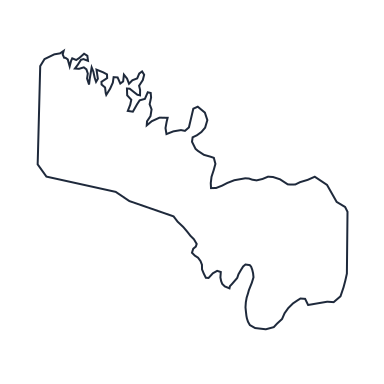 outline of Bagan Datuk, Perak, Malaysia, rotated 184°
{"feature_id": "92858781B98858814885559", "entity_name": "Bagan Datuk", "entity_type": "district", "adm_level": 2, "iso_a3": "MYS", "parent_name": "Malaysia", "parent_adm1": "Perak", "projection": "equal_earth", "projection_center": [100.991, 3.877], "detail": "fine", "context": "isolated", "style": "outline", "palette": "slate", "viewbox_px": 384, "rotation_deg": 184, "n_neighbors": 0, "source": "geoboundaries", "source_scale": "gbopen_adm2", "svg_char_len": 2584}
<svg xmlns="http://www.w3.org/2000/svg" viewBox="0 0 384 384"><g transform="rotate(184 192 192)"><path d="M108.8,60.2L101.0,62.9L98.0,66.6L93.3,71.6L91.2,77.5L87.9,82.9L83.5,87.9L79.4,91.1L76.4,93.3L74.4,93.3L71.7,93.3L68.3,87.4L49.4,92.0L43.0,92.0L36.6,98.3L34.2,107.4L32.9,114.2L31.8,121.4L35.5,183.1L38.2,187.7L47.0,192.2L57.8,208.5L70.6,215.8L77.4,212.2L84.8,209.4L89.5,206.7L94.3,206.3L97.0,206.3L105.1,210.8L112.2,212.6L117.2,212.6L122.6,209.9L128.4,208.1L132.8,208.5L136.1,209.4L139.8,209.4L150.6,206.7L157.4,203.5L162.5,200.4L168.2,197.7L173.3,197.2L173.9,202.2L173.6,208.5L171.9,215.3L170.6,221.7L172.6,227.6L176.0,228.5L182.7,229.9L189.1,233.5L191.5,235.3L195.5,242.1L195.2,246.6L191.1,248.9L186.8,252.5L183.4,257.1L181.7,264.8L184.7,272.1L192.2,277.5L196.5,275.2L197.9,266.6L199.6,256.2L203.3,252.5L207.3,253.0L214.8,251.2L221.5,248.0L222.9,253.9L222.2,260.3L221.5,264.3L229.6,263.9L237.1,259.8L241.8,255.3L241.8,259.4L238.7,264.8L238.1,271.6L240.4,276.6L239.4,283.4L240.1,287.9L243.1,288.4L245.5,281.6L250.6,279.8L252.9,275.7L256.6,268.0L261.7,268.4L259.7,274.8L259.0,279.8L263.4,283.9L264.1,290.7L261.4,290.7L253.3,285.2L250.6,284.8L250.9,290.2L252.2,294.3L248.9,300.2L247.9,305.6L250.2,308.8L252.9,306.5L254.6,301.5L259.3,299.3L262.4,295.6L264.7,300.6L268.1,304.3L268.4,297.5L271.1,295.2L274.2,301.1L278.2,301.1L278.6,295.6L280.9,289.3L284.3,282.9L285.0,284.8L286.0,290.2L289.7,292.9L290.0,295.6L284.6,299.7L285.0,303.4L289.0,305.2L295.8,307.4L293.8,298.4L295.4,295.2L297.1,299.3L298.8,305.2L300.8,309.3L301.9,297.9L302.2,292.0L304.6,297.9L304.2,302.9L305.9,307.0L308.6,308.8L313.3,307.0L317.4,307.0L314.7,311.1L312.0,316.1L309.6,317.0L304.9,315.6L305.9,320.6L309.3,322.4L313.7,317.9L316.7,315.6L320.8,317.0L321.8,314.3L322.8,308.8L325.2,315.6L327.5,317.0L328.9,317.0L330.6,320.2L329.9,323.8L333.3,321.1L339.0,319.7L348.4,314.3L352.2,307.0L348.4,220.8L347.9,208.8L338.3,197.2L268.1,186.8L253.9,178.6L208.7,166.4L204.3,161.4L198.2,156.4L194.2,152.3L190.5,148.2L186.8,145.0L183.7,140.5L184.4,137.8L186.8,135.5L187.8,131.4L184.7,128.7L181.4,126.9L178.7,123.7L177.0,120.1L176.6,115.5L174.6,111.5L172.2,107.4L169.5,107.4L165.5,112.4L163.5,113.7L161.4,115.1L157.7,114.2L157.7,108.7L156.7,105.1L155.4,102.4L152.7,100.1L147.9,98.5L147.6,100.7L145.7,103.0L140.9,109.4L139.9,113.2L137.9,117.3L135.8,121.3L133.6,123.4L129.3,123.1L127.8,121.6L126.5,118.7L125.4,115.2L124.7,111.2L126.0,105.6L128.4,98.1L129.1,94.6L130.1,90.5L130.6,85.9L130.6,80.7L129.9,76.6L129.1,72.3L128.4,69.7L127.1,66.5L125.0,63.3L119.6,60.7L108.8,60.2Z" fill="none" stroke="#1e293b" stroke-width="2"/></g></svg>